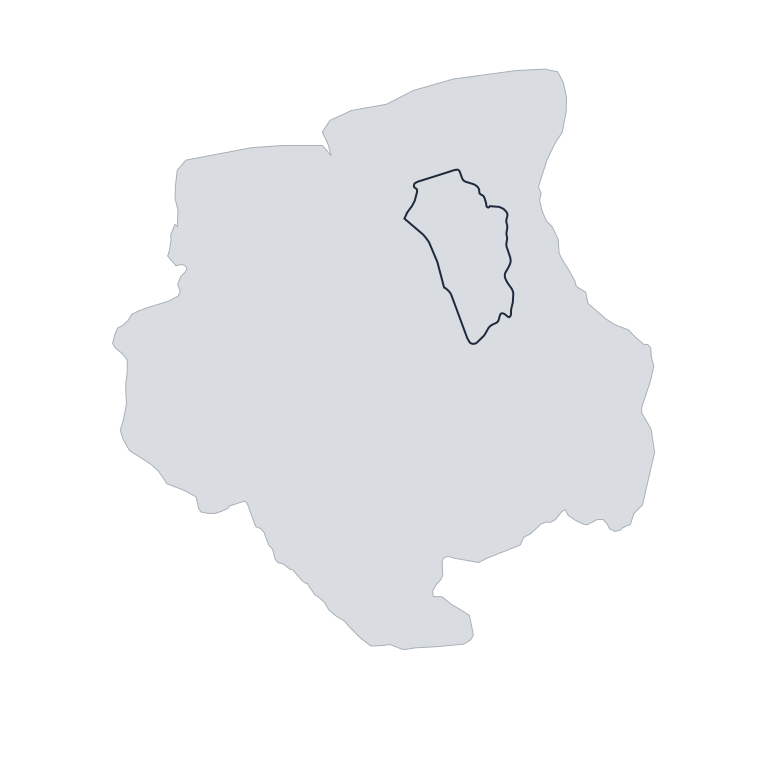 location of Brokopondo within Suriname, rotated 343°
{"feature_id": "SUR-66", "entity_name": "Brokopondo", "entity_type": "District", "adm_level": 1, "iso_a3": "SUR", "parent_name": "Suriname", "parent_adm1": "", "projection": "mercator", "projection_center": [-55.026, 4.667], "detail": "fine", "context": "in_parent", "style": "outline", "palette": "slate", "viewbox_px": 768, "rotation_deg": 343, "n_neighbors": 0, "source": "natural_earth", "source_scale": "10m", "svg_char_len": 3912}
<svg xmlns="http://www.w3.org/2000/svg" viewBox="0 0 768 768"><g transform="rotate(343 384 384)"><path d="M628.1,195.3L617.1,204.6L605.1,217.8L589.3,240.6L590.0,247.8L586.6,253.6L585.7,263.9L586.9,275.3L590.9,282.8L592.8,297.1L589.7,310.0L590.9,317.4L594.1,329.3L596.7,341.9L596.4,347.0L600.2,351.2L603.7,355.2L602.6,366.5L615.1,386.5L622.7,395.3L633.7,403.8L637.8,412.1L644.0,422.1L647.7,423.3L649.7,427.4L647.7,435.1L647.2,445.8L640.2,458.3L623.9,481.2L621.9,486.5L626.2,505.4L623.9,521.0L622.9,528.4L614.9,542.1L595.9,575.1L585.0,581.0L578.4,590.6L574.1,590.6L569.4,591.5L567.9,592.7L561.9,592.6L557.3,588.4L556.6,583.4L554.0,577.7L548.2,576.0L537.1,578.0L533.9,576.5L527.3,570.4L521.8,563.7L520.5,557.3L516.9,557.9L508.5,563.7L502.8,564.9L498.2,563.4L493.2,563.8L480.3,570.1L472.7,571.5L467.3,577.8L431.5,580.7L422.2,582.3L400.8,571.4L395.3,567.9L392.5,567.4L390.1,568.0L387.8,570.4L384.3,584.1L381.0,587.8L375.5,590.8L370.0,596.3L368.9,601.6L377.3,604.5L384.3,614.8L391.9,623.0L398.0,630.3L397.2,638.5L396.1,650.2L391.7,654.2L384.3,656.1L357.2,650.5L336.5,645.4L327.7,644.3L323.8,643.0L318.6,638.8L313.4,634.8L304.9,633.4L294.8,630.7L287.4,620.4L279.7,605.8L277.0,599.2L271.0,592.8L265.1,583.7L263.3,575.7L258.9,568.3L256.5,565.8L253.1,555.8L252.4,552.0L250.7,551.6L248.3,548.4L243.5,537.6L242.4,534.9L240.3,534.0L234.8,526.4L230.4,523.8L228.7,519.9L229.1,509.4L226.7,504.2L226.0,494.3L225.9,490.3L223.6,486.0L219.8,483.1L219.2,475.9L218.3,458.3L216.5,455.2L200.5,455.4L198.9,457.1L192.0,458.2L184.3,458.4L177.4,456.0L171.6,452.9L170.4,449.1L171.2,436.8L162.0,427.5L147.3,416.0L142.9,401.5L137.5,392.4L121.2,373.3L118.3,360.2L118.3,351.0L124.0,342.6L132.0,327.7L135.2,314.2L137.7,307.1L141.8,297.9L145.5,285.9L142.7,278.6L137.8,271.4L136.3,266.0L141.0,258.1L145.7,252.5L151.0,251.7L157.8,248.4L163.2,243.6L171.3,242.3L181.5,241.8L202.3,241.8L212.9,239.7L216.2,235.9L215.7,228.5L221.0,221.8L226.5,219.0L228.7,216.7L229.1,214.3L227.6,212.0L225.4,210.5L219.6,210.0L214.5,198.4L218.0,193.3L222.5,183.9L223.8,178.7L230.7,170.4L232.4,172.9L237.8,157.8L238.4,145.6L242.5,133.4L248.8,119.1L260.1,112.0L326.0,119.2L356.1,126.1L394.8,137.9L400.3,150.5L400.6,137.9L398.7,125.1L409.4,116.1L432.9,112.9L468.1,117.2L498.3,111.9L539.5,112.6L601.9,122.9L629.9,129.9L641.4,136.3L643.6,147.8L642.5,162.4L638.0,176.4L628.1,195.3Z" fill="#d9dde1" stroke="#a8b0b8" stroke-width="1"/><path d="M514.3,200.0L517.0,200.5L517.9,201.4L518.5,202.7L518.9,210.6L519.3,212.1L520.1,213.4L521.3,214.5L528.2,219.2L529.4,220.4L530.4,221.7L531.2,223.0L531.6,224.4L531.8,225.8L531.2,228.6L531.2,229.8L531.9,231.0L532.9,231.9L533.9,233.1L534.3,234.3L534.5,235.7L534.5,240.9L534.1,243.0L534.0,244.0L534.4,245.0L535.2,245.7L536.1,245.6L537.2,244.9L546.0,248.3L549.5,251.5L551.0,254.3L551.4,255.4L551.7,256.8L551.6,258.1L551.0,259.5L549.3,262.2L548.7,263.6L548.3,265.1L548.2,268.4L547.8,269.9L547.2,271.5L545.7,274.4L545.1,275.8L544.8,277.2L544.5,280.2L544.0,281.6L542.0,285.6L541.6,287.0L541.4,288.4L541.7,300.0L541.2,303.1L540.6,304.5L539.7,305.9L537.2,308.8L532.8,312.8L531.8,314.2L531.1,315.8L530.9,317.3L530.9,318.9L531.1,320.5L531.7,323.4L534.0,330.3L534.2,331.7L534.3,334.5L534.0,335.6L531.1,343.5L527.7,349.3L527.0,350.8L526.1,353.7L525.5,355.0L524.6,356.1L523.3,356.7L522.1,355.9L519.8,352.4L518.3,351.2L517.4,350.8L516.2,351.0L515.2,351.9L514.4,353.0L512.8,355.7L511.8,357.0L510.5,357.9L509.2,358.4L505.0,358.9L503.5,359.3L502.0,359.9L500.5,360.8L494.9,366.1L493.6,367.1L485.1,371.5L483.8,371.9L482.4,372.0L481.0,371.7L479.8,371.1L478.6,370.1L478.0,368.8L477.0,364.4L474.4,318.2L474.0,316.4L473.2,314.3L471.5,311.3L470.0,309.4L469.8,309.4L469.7,308.4L470.7,283.1L468.5,261.6L466.9,256.7L465.2,252.7L451.9,231.8L456.4,226.7L462.8,222.0L467.1,217.6L471.8,209.9L472.2,208.7L472.3,207.8L472.1,207.0L471.6,206.2L470.9,205.4L470.3,204.2L470.6,202.9L471.9,201.1L475.3,200.4L514.3,200.0Z" fill="none" stroke="#1e293b" stroke-width="2"/></g></svg>